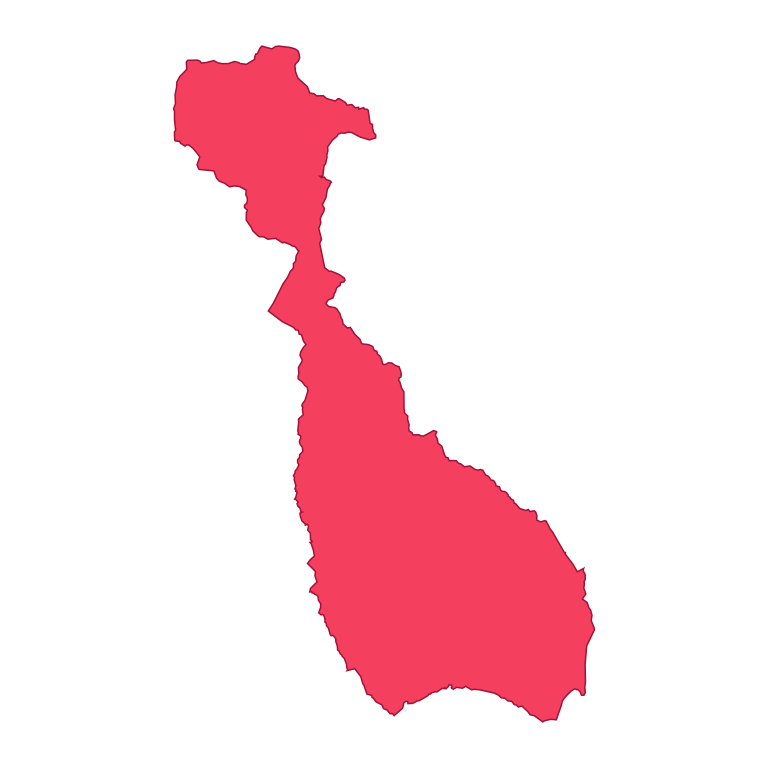 outline of Chiojdeni, Vrancea, Romania
{"feature_id": "2599482B77515537465857", "entity_name": "Chiojdeni", "entity_type": "district", "adm_level": 2, "iso_a3": "ROU", "parent_name": "Romania", "parent_adm1": "Vrancea", "projection": "orthographic", "projection_center": [26.832, 45.598], "detail": "fine", "context": "isolated", "style": "filled", "palette": "rose", "viewbox_px": 768, "rotation_deg": 0, "n_neighbors": 0, "source": "geoboundaries", "source_scale": "gbopen_adm2", "svg_char_len": 6086}
<svg xmlns="http://www.w3.org/2000/svg" viewBox="0 0 768 768"><path d="M594.4,629.8L594.2,628.0L591.2,620.6L592.0,615.2L590.6,610.1L588.8,607.6L587.1,602.4L582.4,599.0L585.8,594.0L583.8,587.9L584.4,584.2L584.1,581.7L585.3,579.2L585.2,575.5L584.7,573.2L583.6,572.0L583.3,569.5L583.7,568.4L577.4,571.8L572.7,563.9L565.0,553.7L565.4,552.5L564.3,552.4L552.3,531.6L550.2,529.1L546.2,521.1L544.3,520.7L540.8,521.9L536.7,520.1L536.9,515.7L535.7,512.2L534.3,510.8L529.8,511.5L528.4,509.5L525.7,510.4L519.9,508.6L515.5,503.6L514.3,503.2L513.4,500.3L510.9,498.9L510.0,497.3L508.4,496.3L508.1,494.9L506.5,492.6L504.6,491.5L501.8,491.2L500.6,490.2L499.4,486.7L495.9,485.9L495.8,484.2L494.3,481.3L493.3,480.4L491.1,480.1L488.6,476.5L485.5,474.8L482.7,470.1L480.1,469.5L477.8,470.2L474.8,469.3L470.2,466.0L464.1,466.7L461.1,464.1L458.1,463.0L456.3,460.6L449.2,460.7L448.1,457.8L445.8,457.2L444.6,455.0L441.8,446.2L438.0,443.2L437.3,438.7L435.6,435.9L435.6,434.3L436.7,432.4L436.6,431.6L433.6,430.6L423.7,436.0L420.7,435.8L418.9,434.7L412.9,434.9L412.1,432.8L409.1,430.8L408.7,428.3L409.1,424.7L407.6,419.4L407.8,416.0L404.7,413.2L404.0,407.8L403.9,391.9L401.7,388.3L399.8,381.8L398.7,380.3L399.2,378.0L400.9,376.9L401.3,375.0L400.8,371.5L399.0,366.6L395.5,365.7L391.8,363.0L388.3,362.8L385.7,364.4L382.9,364.4L381.5,359.3L379.8,356.0L377.5,354.1L376.8,351.2L374.3,350.5L372.6,346.4L368.6,344.6L361.8,343.8L359.9,339.2L354.8,334.3L350.3,327.4L347.2,328.0L343.0,323.8L342.5,320.3L341.0,317.5L340.0,313.9L336.9,309.0L334.9,307.6L328.7,306.5L326.4,304.2L326.1,303.0L328.1,300.1L333.0,297.9L334.0,295.3L333.9,294.1L335.4,292.0L336.7,287.6L340.1,285.4L340.5,282.6L343.9,281.9L345.0,280.2L344.3,278.1L339.0,274.4L331.3,271.2L329.0,271.1L324.7,267.7L319.7,243.3L321.5,239.4L318.8,228.4L320.8,222.9L320.3,219.2L320.7,217.3L323.9,211.1L324.4,208.4L322.4,204.7L326.0,197.6L327.4,189.1L329.7,185.4L330.1,183.7L331.4,182.2L329.7,180.6L326.3,179.7L324.3,177.1L321.4,177.6L319.8,176.3L322.2,176.3L322.9,175.6L324.0,165.7L325.6,163.7L327.0,157.2L326.8,155.0L327.9,150.8L327.6,147.0L332.3,140.3L337.2,136.0L338.1,134.2L341.2,133.0L345.6,133.1L347.7,132.1L351.8,132.6L360.3,137.1L369.5,139.9L375.7,137.9L375.7,134.8L373.8,132.8L372.6,128.4L372.5,124.4L370.1,123.4L368.3,110.7L367.5,109.4L364.4,109.0L363.7,107.6L358.8,109.2L358.6,107.3L355.2,107.8L351.9,104.6L347.0,105.1L345.5,102.5L339.3,98.7L337.9,98.8L335.3,101.0L326.5,98.5L323.3,95.7L316.6,95.9L313.8,93.6L309.8,93.1L307.3,86.6L297.9,78.1L295.5,71.7L294.9,65.3L296.2,63.1L298.3,61.2L299.7,57.8L299.3,54.7L298.0,50.9L295.3,49.0L290.4,47.5L279.1,46.1L275.5,46.5L271.9,48.9L261.8,46.1L260.2,47.9L257.3,53.7L255.8,54.1L254.7,56.8L254.6,59.4L246.4,64.3L239.9,63.5L238.9,62.6L234.5,61.5L228.2,63.6L222.0,63.6L218.0,62.9L213.8,60.6L205.4,62.7L201.4,63.0L200.1,61.2L197.1,60.1L187.8,60.3L186.3,62.0L186.8,69.3L179.9,76.4L176.9,81.9L176.5,87.7L175.1,94.6L175.4,103.8L173.6,108.7L174.5,111.4L174.5,120.1L175.6,130.0L174.4,132.2L174.7,140.2L175.3,140.9L179.7,141.4L180.4,143.1L185.0,146.1L186.4,145.0L188.6,144.9L192.7,148.1L196.3,152.2L199.8,156.9L197.0,164.8L199.0,169.4L213.9,170.9L216.6,178.3L219.3,181.2L224.9,183.4L229.5,186.8L234.3,185.9L239.4,186.5L246.2,190.2L245.8,194.9L247.2,197.7L247.3,200.5L246.8,203.2L244.6,205.1L244.4,206.7L244.5,207.5L247.1,209.9L247.2,211.1L246.4,212.3L246.2,220.0L251.4,227.7L252.9,231.0L257.3,235.2L259.3,236.8L263.5,236.8L267.8,239.2L275.7,238.4L282.3,242.8L284.6,242.4L290.2,244.5L291.8,245.8L295.2,246.6L298.2,250.9L298.8,250.9L296.1,256.1L295.7,261.2L293.4,263.6L293.4,267.6L292.8,268.9L290.5,271.1L287.2,278.0L283.2,283.5L273.3,303.3L268.3,311.0L282.3,321.7L293.6,327.4L295.6,329.9L298.3,330.2L299.2,334.1L301.5,334.8L303.5,341.2L306.0,344.6L303.4,347.3L300.6,352.1L300.0,355.4L302.1,359.7L302.1,361.1L298.4,367.5L298.8,373.2L298.1,376.8L298.2,378.9L302.0,381.7L304.9,385.6L307.2,387.2L307.9,390.9L304.9,400.7L302.6,403.5L301.8,405.6L302.9,407.8L302.4,409.4L303.2,414.8L298.4,419.2L298.7,421.6L297.8,431.0L298.4,433.2L298.0,434.3L300.7,435.9L300.6,438.5L299.6,440.3L299.4,441.8L300.3,444.7L302.2,447.0L302.9,451.4L299.7,454.6L299.4,457.7L297.6,459.7L297.6,462.5L298.9,464.9L296.6,469.5L295.3,470.6L294.9,473.1L293.4,475.8L294.5,477.4L294.2,479.7L295.9,485.8L294.9,489.0L296.1,489.5L295.6,491.3L297.1,492.1L295.8,497.1L294.6,499.2L296.2,499.8L298.1,502.3L297.0,503.7L298.0,506.4L300.0,508.0L301.0,511.8L302.1,512.1L300.2,512.9L300.0,513.6L300.4,516.5L301.9,520.9L305.2,523.9L305.3,525.2L307.4,524.2L308.5,526.2L307.7,530.1L310.3,533.2L310.5,539.4L312.1,541.6L310.0,542.4L311.2,543.7L313.1,549.2L314.5,555.9L310.2,559.8L307.5,563.5L315.5,571.5L314.9,575.6L317.0,582.0L310.6,588.3L309.7,591.9L311.9,591.9L312.1,592.9L313.9,593.2L314.6,594.3L316.5,594.9L318.0,596.4L318.4,600.3L320.8,603.9L320.6,607.5L318.7,612.8L321.1,614.9L322.3,614.5L323.7,615.2L324.9,618.8L325.0,622.2L326.1,622.8L326.5,625.6L328.4,628.1L330.2,634.5L331.1,635.7L333.2,635.5L335.7,638.5L335.8,641.4L337.3,646.0L337.6,650.0L339.0,651.1L340.2,653.8L341.6,654.5L342.3,656.4L344.3,658.4L346.6,664.5L346.7,667.1L347.6,669.9L347.1,670.6L354.8,668.7L360.8,676.7L362.8,683.7L363.9,685.2L367.0,694.1L371.7,695.4L372.1,697.5L373.7,698.5L375.8,701.7L382.0,704.9L383.4,708.5L387.1,710.1L390.1,713.7L392.7,713.7L394.2,715.6L402.6,708.2L403.9,702.8L406.0,701.2L407.9,701.8L407.9,703.6L412.7,703.4L417.3,700.9L419.2,700.7L428.0,695.6L429.1,693.9L430.3,694.1L431.6,692.9L435.0,691.7L436.8,692.0L442.3,688.3L444.2,688.6L444.8,687.8L445.1,688.7L446.1,688.7L448.1,686.8L449.3,684.6L451.7,685.5L452.0,686.7L451.3,687.5L451.6,688.2L453.3,689.2L456.6,687.4L462.6,688.2L465.6,686.3L471.7,689.8L474.4,689.3L480.3,689.9L494.2,693.1L498.3,695.0L501.2,697.8L505.0,698.3L507.9,700.9L511.6,701.3L514.2,704.5L516.4,705.1L518.5,707.0L522.0,706.1L527.5,711.3L530.3,714.9L534.1,715.6L542.8,721.9L544.7,720.7L550.8,719.3L556.3,719.8L561.4,705.1L562.2,701.5L564.1,698.4L567.6,694.5L571.7,690.6L575.1,688.7L576.7,689.7L577.7,689.4L580.0,691.6L581.5,695.2L583.9,695.3L585.3,692.5L584.8,686.9L585.5,682.1L585.1,664.4L586.7,645.9L594.4,629.8Z" fill="#f43f5e" stroke="#9f1239" stroke-width="1.5"/></svg>